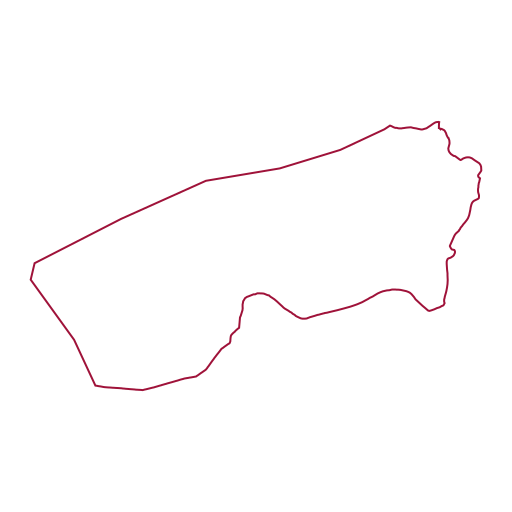 Monchy/Cardinal, Gros Islet, Saint Lucia (Robinson projection)
{"feature_id": "8701671B69664820658119", "entity_name": "Monchy/Cardinal", "entity_type": "district", "adm_level": 2, "iso_a3": "LCA", "parent_name": "Saint Lucia", "parent_adm1": "Gros Islet", "projection": "robinson", "projection_center": [-60.917, 14.062], "detail": "fine", "context": "isolated", "style": "outline", "palette": "rose", "viewbox_px": 512, "rotation_deg": 0, "n_neighbors": 0, "source": "geoboundaries", "source_scale": "gbopen_adm2", "svg_char_len": 5484}
<svg xmlns="http://www.w3.org/2000/svg" viewBox="0 0 512 512"><path d="M433.5,309.6L434.8,309.1L435.6,308.7L436.1,308.5L436.9,308.1L437.6,307.9L438.3,307.7L439.8,307.2L441.8,306.0L442.8,305.7L443.2,305.4L443.5,305.2L443.7,304.9L444.1,304.1L444.6,303.1L444.3,302.3L444.1,301.1L444.2,299.3L444.6,297.9L444.8,296.7L445.8,293.2L446.3,291.3L447.0,287.7L447.5,284.1L447.7,280.2L447.5,275.3L447.5,273.3L447.1,269.9L446.8,265.6L446.7,263.8L446.7,262.3L446.7,261.6L447.0,260.4L447.2,260.0L447.6,259.1L448.1,258.6L448.7,258.3L450.0,257.9L450.6,257.7L452.9,256.2L453.5,255.6L453.9,255.1L454.9,252.9L455.0,251.8L454.9,251.1L454.3,250.0L453.1,249.7L452.0,249.5L451.2,248.7L451.0,248.4L449.9,246.3L449.9,245.8L451.6,242.0L452.3,240.4L454.2,236.1L454.8,235.0L455.8,233.6L457.9,231.7L458.9,230.8L459.3,229.8L459.6,229.6L459.8,229.4L460.7,227.6L462.2,225.9L463.2,224.4L464.8,222.6L465.9,221.2L466.9,219.9L468.0,218.2L469.1,215.4L469.5,213.7L470.3,209.9L470.7,207.3L471.4,204.5L472.0,203.0L473.0,201.6L474.2,200.7L476.3,199.7L478.1,198.8L478.8,198.1L479.0,196.9L479.0,195.2L478.2,192.4L478.1,191.7L478.0,190.1L478.1,188.5L478.4,187.2L478.4,185.6L478.6,184.6L478.7,183.8L478.8,183.1L479.2,182.1L480.0,178.3L478.6,177.2L478.2,176.3L478.1,175.6L478.3,174.9L478.7,174.4L480.3,172.2L481.2,170.8L481.3,170.4L481.1,166.7L480.5,165.0L479.3,163.3L478.7,162.9L474.7,160.3L471.9,158.3L471.4,158.1L470.2,157.6L468.9,157.3L467.8,157.3L466.6,157.4L465.6,157.6L463.9,158.2L462.8,158.7L462.0,159.3L461.4,159.7L460.6,160.0L459.9,159.7L456.3,157.0L455.2,156.2L454.0,155.9L453.6,155.9L453.4,155.7L452.6,155.2L452.2,154.9L451.3,154.3L451.0,154.1L450.3,153.3L449.4,152.2L448.6,150.5L448.3,148.5L448.4,148.0L449.5,143.8L449.5,142.3L449.3,140.3L448.9,139.2L448.5,138.0L448.0,137.8L447.1,136.1L446.8,135.5L446.3,134.2L446.1,133.3L445.5,132.2L445.1,131.5L444.8,130.9L444.0,130.1L441.8,129.0L440.9,128.8L440.5,129.3L440.1,128.9L439.2,128.0L438.9,128.0L438.9,126.6L439.0,123.6L439.2,122.1L438.4,121.9L437.8,122.0L436.6,122.1L435.4,122.4L434.7,122.8L433.5,123.5L432.2,124.4L431.1,125.2L429.8,126.1L428.5,126.9L427.4,127.7L426.4,128.3L425.0,128.7L423.6,129.1L422.7,129.4L421.3,129.5L418.3,128.9L416.2,128.4L413.6,128.0L412.4,127.7L410.9,127.3L409.3,127.4L408.0,127.5L406.9,127.6L405.4,127.8L404.2,128.0L402.4,128.2L401.6,128.4L399.7,128.4L398.3,128.3L396.9,127.9L395.5,127.9L394.2,127.5L392.9,126.9L391.6,126.2L390.5,125.8L390.0,125.6L384.4,129.3L340.3,149.9L279.8,168.4L205.9,180.8L121.1,218.9L34.6,263.2L30.7,279.7L74.1,339.8L95.4,385.6L96.9,385.8L97.8,386.0L98.9,386.2L100.4,386.4L101.5,386.6L103.0,386.9L104.2,387.1L105.2,387.2L106.4,387.3L107.6,387.4L109.5,387.5L111.2,387.6L112.0,387.7L114.1,387.8L115.3,387.9L117.2,388.0L118.9,388.1L120.3,388.2L121.6,388.3L122.8,388.5L124.3,388.6L125.9,388.8L127.4,388.9L128.6,389.0L129.7,389.1L130.9,389.2L132.4,389.3L133.5,389.4L135.0,389.5L135.3,389.6L136.7,389.7L138.7,389.8L140.4,389.9L141.7,390.0L142.6,390.1L143.5,389.9L144.5,389.6L146.0,389.3L147.2,389.0L148.4,388.7L149.6,388.4L151.2,388.0L152.4,387.7L153.9,387.4L155.1,387.0L156.5,386.6L158.2,386.1L159.5,385.7L161.1,385.3L161.9,385.0L163.7,384.5L164.7,384.2L165.9,383.9L167.4,383.4L168.9,383.0L170.3,382.6L171.8,382.2L173.5,381.7L174.9,381.3L176.2,380.9L177.1,380.7L178.7,380.2L179.9,379.8L180.9,379.5L182.1,379.2L183.3,378.9L184.1,378.6L184.6,378.5L185.7,378.3L186.9,378.1L188.2,377.9L189.6,377.6L191.2,377.4L192.2,377.2L193.4,377.0L194.4,376.8L195.5,376.6L196.1,376.5L197.0,375.8L197.7,375.4L198.8,374.6L199.9,373.8L201.0,373.0L202.1,372.3L203.5,371.3L204.7,370.5L205.5,369.9L206.0,369.5L206.7,368.6L207.2,368.0L207.6,367.3L208.5,366.2L209.2,365.2L210.2,363.8L211.1,362.5L211.9,361.4L212.7,360.3L213.7,359.0L214.5,357.8L215.4,356.7L216.3,355.5L217.3,354.2L217.9,353.5L218.6,352.6L219.4,351.6L220.3,350.4L220.9,349.6L221.4,348.9L221.7,348.7L222.4,348.2L223.2,347.7L223.8,347.2L224.3,346.8L225.3,346.1L226.7,345.1L227.8,344.3L228.1,344.1L229.4,343.4L229.7,343.0L230.3,341.4L230.5,338.3L230.8,336.2L231.2,335.2L232.1,334.1L233.4,332.8L234.8,331.7L235.4,330.9L237.4,329.1L239.1,327.8L239.6,322.1L240.0,317.3L240.3,316.8L240.8,315.6L242.5,310.1L242.6,308.8L242.7,308.4L242.6,306.7L242.6,304.3L242.9,303.1L243.2,301.2L243.8,300.3L244.5,299.1L245.1,298.1L245.9,297.6L246.9,296.9L248.6,296.3L253.6,294.3L255.2,294.3L257.4,293.3L258.0,293.3L261.2,293.4L263.0,293.5L264.1,293.7L264.8,294.0L267.5,295.1L269.0,295.4L269.5,295.9L270.7,296.9L271.7,297.5L274.4,299.3L277.0,301.5L279.9,304.2L282.3,306.4L283.5,307.6L284.8,308.6L288.7,310.9L289.7,311.7L291.5,312.6L292.6,313.7L294.7,314.9L295.7,315.9L296.8,316.5L300.2,318.1L301.0,318.4L302.1,318.6L302.4,318.7L305.0,318.7L305.5,318.6L306.6,318.5L307.2,318.3L308.1,317.9L309.0,317.6L309.6,317.3L311.7,316.7L314.8,315.8L317.5,314.9L318.8,314.7L320.8,314.1L322.4,313.7L323.0,313.5L324.1,313.3L324.4,313.1L325.7,312.9L327.0,312.7L329.3,312.1L337.3,310.2L343.7,308.5L349.5,306.9L350.5,306.6L352.6,305.9L355.8,304.8L357.4,304.2L360.7,302.8L361.9,302.3L363.6,301.4L365.4,300.4L368.4,298.8L369.1,298.3L370.3,297.6L371.3,297.2L373.1,296.3L374.0,295.7L376.3,294.3L377.6,293.5L380.7,292.1L382.9,291.3L386.9,290.4L389.5,290.2L390.6,289.9L391.8,289.6L392.7,289.5L393.3,289.5L394.3,289.5L394.8,289.5L396.1,289.6L396.6,289.7L398.5,289.7L400.6,289.9L405.1,290.9L406.4,291.2L408.5,292.0L410.0,292.8L410.4,293.2L411.4,294.0L413.8,296.8L414.3,297.5L415.5,299.3L418.3,301.9L422.6,305.9L424.9,307.8L428.0,310.5L429.3,310.9L430.2,310.7L431.2,310.4L433.5,309.6Z" fill="none" stroke="#9f1239" stroke-width="2"/></svg>